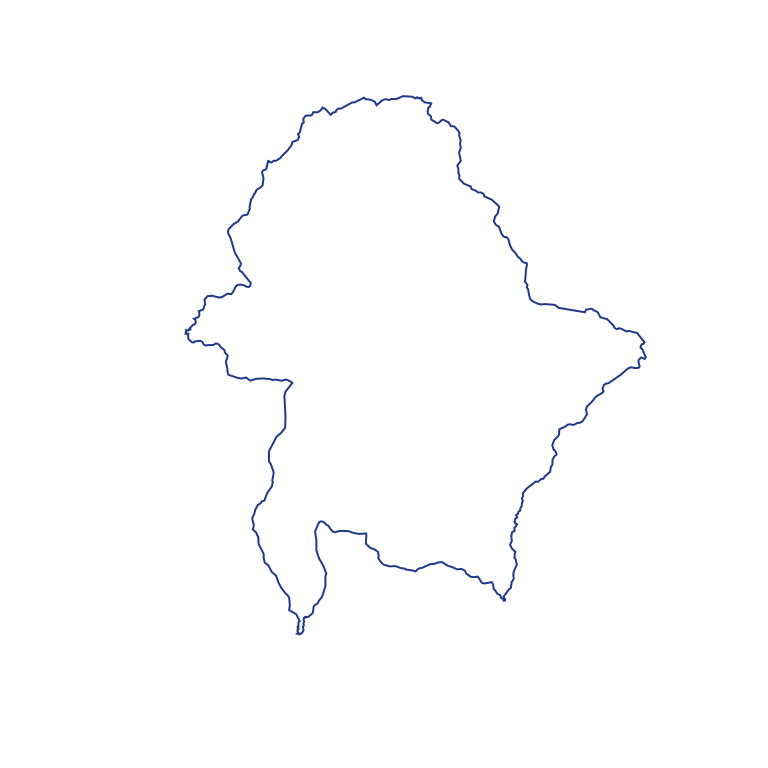 Mamasa, Sulawesi Barat, Indonesia (Albers equal-area conic projection), rotated 38°
{"feature_id": "22746128B65559589019405", "entity_name": "Mamasa", "entity_type": "district", "adm_level": 2, "iso_a3": "IDN", "parent_name": "Indonesia", "parent_adm1": "Sulawesi Barat", "projection": "albers", "projection_center": [119.392, -2.996], "detail": "fine", "context": "isolated", "style": "outline", "palette": "blue", "viewbox_px": 768, "rotation_deg": 38, "n_neighbors": 0, "source": "geoboundaries", "source_scale": "gbopen_adm2", "svg_char_len": 6165}
<svg xmlns="http://www.w3.org/2000/svg" viewBox="0 0 768 768"><g transform="rotate(38 384 384)"><path d="M194.9,463.4L195.9,464.4L195.9,465.4L196.8,466.6L198.7,464.9L199.2,465.0L199.9,466.6L202.2,468.9L206.9,469.4L208.3,468.6L209.1,466.5L212.7,463.0L215.1,462.7L217.4,463.8L219.1,463.8L225.6,458.2L226.4,455.8L227.3,455.1L229.7,454.5L232.9,455.5L237.4,455.5L239.1,457.1L242.8,457.8L243.8,458.5L245.8,464.0L251.1,468.3L253.6,471.2L255.7,472.5L265.2,469.2L268.5,467.3L271.3,463.8L276.6,463.7L279.8,458.9L285.5,453.9L291.3,450.3L293.9,449.4L295.7,447.4L301.4,444.4L304.0,440.8L308.8,439.5L311.1,439.6L311.1,450.8L313.0,454.9L326.0,469.8L333.0,479.2L333.0,485.9L331.8,491.8L334.8,507.9L341.0,515.8L344.0,516.8L350.3,520.7L352.0,522.3L355.3,528.6L357.1,530.3L358.7,533.9L359.1,541.9L361.5,549.5L359.9,551.9L360.2,553.9L359.1,556.9L359.9,562.1L361.9,566.7L362.4,569.6L363.3,571.5L367.9,575.0L369.7,577.7L369.9,579.3L375.4,579.9L376.3,580.8L379.0,581.9L383.8,587.3L393.4,591.8L394.9,593.1L395.4,594.3L399.8,598.1L404.8,598.2L410.9,601.1L416.9,601.5L424.0,605.9L428.7,607.9L434.9,609.6L438.2,609.8L441.0,610.9L445.9,616.2L448.5,620.6L456.6,619.5L463.7,622.8L463.3,624.3L465.7,627.6L465.3,628.2L465.8,629.0L466.5,628.8L467.6,629.8L467.2,630.7L467.9,632.0L469.6,632.6L469.2,634.2L471.2,633.6L472.6,631.2L472.5,628.5L471.9,627.3L469.5,625.1L469.4,623.5L467.8,622.1L467.3,620.2L465.8,619.4L464.9,617.8L465.1,616.4L465.9,616.4L466.1,615.4L467.6,614.4L468.9,608.3L465.3,602.2L466.7,597.8L466.1,594.1L466.2,589.8L462.2,579.2L456.1,571.5L455.3,568.9L448.1,564.6L440.1,561.4L433.1,556.7L426.7,548.5L421.2,543.4L420.3,542.2L418.2,534.0L418.1,532.5L419.0,530.9L421.2,529.9L424.4,530.3L427.5,529.9L431.7,531.4L434.0,531.8L435.8,531.4L437.0,530.7L439.3,527.2L446.6,521.8L451.8,520.1L456.8,517.4L461.9,512.8L463.2,514.0L468.0,521.0L474.3,521.6L477.9,520.2L482.6,520.0L485.7,522.8L486.5,524.7L492.0,526.5L495.1,526.5L501.0,524.1L505.3,520.3L509.8,519.0L514.5,516.6L515.5,516.7L521.8,513.1L524.3,512.3L524.8,508.3L527.1,505.5L531.5,497.3L534.6,494.5L536.4,491.4L539.3,488.6L545.9,488.0L550.1,486.4L555.8,485.0L558.9,482.1L561.8,481.4L562.8,481.3L565.5,482.8L571.1,482.5L574.7,480.1L576.3,478.2L577.8,478.3L583.3,480.4L584.4,480.2L585.9,479.4L590.8,473.9L593.2,474.6L596.5,477.9L598.6,478.1L602.2,479.5L605.5,478.9L608.4,480.6L609.9,479.7L610.9,480.1L611.6,481.1L612.6,480.3L612.2,479.3L609.1,477.8L608.9,468.8L609.5,466.8L607.2,462.4L606.3,461.5L606.5,459.7L606.0,457.4L603.0,454.3L601.4,451.1L599.9,444.6L595.7,441.1L593.8,440.6L591.9,437.9L591.1,435.4L586.0,434.9L582.2,433.0L581.5,429.2L577.9,425.4L576.2,422.1L577.3,419.4L575.2,416.9L575.7,414.6L575.1,413.9L575.2,412.6L572.7,412.9L571.6,412.2L570.4,409.3L571.2,407.2L568.8,405.9L569.5,403.7L568.6,402.3L569.2,400.0L568.0,397.9L567.8,395.7L565.8,392.5L565.3,390.4L563.0,389.4L562.7,386.8L560.8,384.6L560.8,378.4L563.5,367.6L565.6,366.2L566.3,362.3L567.9,360.5L567.6,357.8L569.0,350.9L566.6,346.8L566.4,344.0L563.4,339.9L562.8,335.9L563.5,333.8L563.1,332.9L560.3,331.3L558.4,331.4L554.3,328.7L552.6,323.2L553.3,318.0L553.0,316.0L550.0,311.8L552.9,306.3L553.9,302.8L555.4,301.1L557.4,300.3L559.0,298.9L560.3,295.8L562.3,293.8L563.2,291.8L563.4,289.3L562.5,282.7L559.1,280.1L557.8,277.4L558.9,267.9L558.6,265.2L559.1,262.6L561.7,256.0L561.4,254.5L559.5,253.6L558.9,252.7L557.9,249.2L558.6,247.2L560.5,244.9L565.0,230.5L566.5,222.1L568.2,218.9L572.7,216.4L574.7,214.4L574.7,212.9L570.5,209.6L569.9,207.6L570.4,204.8L574.0,203.7L573.9,201.9L566.3,197.6L563.8,197.5L562.7,195.1L562.8,193.8L563.7,192.7L563.6,190.7L551.6,187.9L549.9,189.1L544.3,191.3L542.6,193.4L536.9,194.4L534.8,195.3L534.3,196.9L532.5,197.8L530.9,197.7L528.8,196.7L519.8,195.5L513.5,198.2L508.7,196.0L506.5,196.0L504.2,196.8L501.9,196.7L500.8,197.3L497.5,201.0L498.1,203.8L474.7,216.5L469.8,216.5L461.8,221.8L458.3,225.0L455.0,226.3L450.1,227.3L447.7,227.1L446.8,227.0L443.1,224.2L439.0,220.5L437.1,220.0L436.0,217.6L432.2,216.6L425.2,205.9L422.9,201.4L422.1,201.0L419.1,202.2L416.8,202.3L415.1,201.5L410.9,201.2L406.0,199.6L402.8,199.4L398.0,197.2L392.6,193.2L389.9,192.8L388.7,194.0L387.1,194.2L384.5,193.4L377.7,189.3L374.2,189.7L370.5,188.3L368.5,183.8L368.5,179.3L365.5,173.2L355.6,172.4L347.4,174.4L345.6,173.0L344.7,173.0L342.3,173.5L340.1,175.2L337.0,175.2L333.0,176.5L330.7,175.0L323.8,176.9L317.0,176.1L315.0,173.2L312.5,171.7L310.3,168.8L307.2,166.6L307.1,160.8L300.6,155.3L299.1,150.8L296.0,147.7L294.1,144.5L290.4,142.1L289.0,139.8L286.5,138.7L280.7,137.8L277.8,139.7L273.8,138.1L268.4,139.2L267.5,139.5L267.0,140.6L266.4,144.3L265.3,145.8L258.5,146.5L256.7,144.6L255.4,144.0L252.2,144.0L250.6,142.3L248.8,139.1L249.5,137.1L248.8,135.9L248.7,134.0L248.0,133.8L243.0,136.9L239.1,137.1L237.3,135.5L236.6,135.8L236.0,137.5L233.7,137.6L233.0,139.5L229.3,140.3L221.7,145.5L218.3,151.9L214.1,155.1L213.3,157.1L210.0,158.4L208.0,161.4L206.5,168.9L203.1,167.2L198.3,168.3L194.1,170.9L192.0,170.6L187.3,180.4L185.8,181.4L180.4,193.6L178.8,194.7L178.3,195.6L177.8,197.3L178.4,199.5L176.5,201.8L176.4,204.7L168.3,203.4L165.4,204.0L165.7,206.3L164.9,209.7L163.9,211.2L160.9,213.3L161.6,216.1L160.7,217.7L157.5,220.3L157.0,222.0L157.2,224.9L159.8,227.3L159.2,229.4L162.9,238.0L162.3,239.9L164.9,241.5L165.8,244.8L162.8,249.7L164.1,252.5L164.2,259.4L163.1,267.2L163.3,269.5L161.2,275.0L159.7,275.9L158.9,278.7L157.1,279.5L155.7,279.2L155.4,279.8L158.7,286.5L158.8,287.6L157.2,290.3L157.5,292.2L162.4,296.1L165.9,301.9L165.8,304.8L164.0,309.7L165.0,313.2L164.7,314.2L165.6,317.7L165.6,320.4L169.3,327.6L170.4,328.5L172.1,334.5L168.8,338.5L168.8,346.1L167.0,350.6L166.3,357.8L167.4,360.1L168.6,361.3L173.0,363.3L185.6,372.3L196.9,377.0L198.0,379.0L198.3,382.2L201.1,383.6L203.2,383.2L216.9,386.5L218.2,389.3L217.8,390.6L216.2,391.9L213.3,392.3L209.8,394.0L207.7,396.0L207.1,398.3L208.3,404.1L208.4,407.2L205.0,409.2L202.7,415.5L200.6,417.5L193.5,420.6L193.1,421.7L191.0,423.0L190.5,427.9L193.9,431.3L195.6,436.7L193.2,440.8L194.8,441.8L196.4,443.8L196.5,445.6L194.2,449.6L195.5,449.4L197.5,450.9L198.0,452.0L198.1,453.5L197.2,454.7L196.6,458.7L196.6,459.8L197.6,459.8L197.9,460.4L196.8,461.2L196.8,462.3L194.9,463.4Z" fill="none" stroke="#1e3a8a" stroke-width="2"/></g></svg>